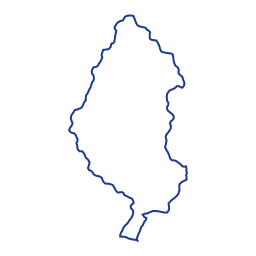 Itaipé, Minas Gerais, Brazil
{"feature_id": "56859067B82084481875412", "entity_name": "Itaipé", "entity_type": "district", "adm_level": 2, "iso_a3": "BRA", "parent_name": "Brazil", "parent_adm1": "Minas Gerais", "projection": "orthographic", "projection_center": [-41.656, -17.418], "detail": "fine", "context": "isolated", "style": "outline", "palette": "blue", "viewbox_px": 256, "rotation_deg": 0, "n_neighbors": 0, "source": "geoboundaries", "source_scale": "gbopen_adm2", "svg_char_len": 3283}
<svg xmlns="http://www.w3.org/2000/svg" viewBox="0 0 256 256"><path d="M88.6,91.1L87.5,93.5L86.1,95.3L85.7,98.4L85.8,100.5L84.6,101.7L83.6,103.2L83.0,105.2L81.9,107.2L80.5,108.3L78.8,108.8L77.0,109.6L74.8,110.1L73.5,112.3L72.4,113.8L71.3,115.4L70.8,118.6L71.8,121.5L72.6,123.6L71.4,126.0L69.9,128.1L69.1,130.4L71.0,132.5L73.9,133.2L75.7,135.0L76.6,137.4L77.6,139.1L77.4,141.2L76.4,143.1L77.3,145.8L77.4,148.1L77.9,149.7L79.7,151.3L82.0,151.2L83.8,153.1L85.0,155.5L85.9,157.9L87.6,159.2L88.8,160.8L89.6,162.8L88.7,165.7L88.0,168.1L89.1,170.2L90.9,170.7L92.3,172.0L93.8,174.5L96.1,175.7L98.0,176.1L99.9,176.5L101.8,177.8L102.4,179.7L103.4,181.8L105.4,183.6L108.2,183.7L111.0,184.3L112.8,185.1L113.7,186.6L114.8,188.4L115.6,190.1L116.7,191.7L118.4,192.6L120.4,192.2L122.1,192.1L123.6,193.2L124.2,194.9L125.9,195.8L128.3,196.9L129.9,198.0L131.7,198.4L133.0,200.3L133.7,202.9L131.7,204.6L130.5,206.4L131.2,208.4L132.7,210.0L133.3,212.0L132.7,215.2L131.6,217.5L130.4,219.2L129.1,220.6L128.2,222.3L127.2,223.6L125.7,224.9L124.2,226.7L123.1,228.5L122.4,230.4L121.3,232.2L120.3,234.4L120.2,236.5L122.3,236.7L125.2,236.9L127.4,237.9L128.9,238.6L130.6,238.9L132.6,239.5L135.0,239.7L137.5,240.6L136.8,238.4L137.7,236.2L138.3,234.0L139.3,232.6L140.2,230.0L141.2,227.2L142.9,225.0L144.2,222.0L145.9,219.9L146.4,218.1L144.4,217.1L142.7,214.6L145.1,213.6L147.2,213.5L149.1,212.5L151.0,211.8L152.6,211.1L154.9,211.0L158.1,211.2L160.6,211.8L162.5,212.1L164.4,212.6L166.9,212.6L168.7,210.5L169.2,208.2L168.8,205.7L168.6,203.6L170.0,201.8L171.5,200.3L173.0,199.0L174.6,198.0L175.9,196.7L177.7,194.9L178.5,193.3L179.4,190.7L179.3,187.7L179.4,184.4L181.6,182.1L184.6,180.6L186.6,179.6L186.5,177.3L186.1,175.0L186.9,173.2L186.4,170.9L186.5,168.6L186.0,166.4L184.0,166.7L182.1,166.2L180.7,164.3L178.6,162.9L176.8,161.4L174.9,160.5L171.8,160.2L170.3,158.6L169.4,156.1L168.6,153.9L167.7,152.0L166.6,150.4L165.9,148.7L165.0,147.2L165.6,145.1L166.2,142.5L166.5,140.3L165.9,138.5L165.7,136.6L166.6,134.3L168.7,131.8L170.6,128.7L171.0,125.9L169.9,123.5L170.6,121.5L172.3,120.3L173.6,118.6L173.8,116.5L172.6,114.5L170.5,112.7L168.4,111.2L167.2,109.4L167.0,107.4L168.1,105.2L168.5,103.0L167.2,101.1L166.8,98.8L166.8,96.2L167.1,94.0L168.2,92.2L170.0,90.2L172.4,89.4L175.0,88.0L176.8,86.2L178.8,86.1L180.5,87.1L182.2,87.7L183.6,86.3L184.5,83.7L183.8,81.1L182.9,79.3L182.5,77.1L180.5,75.2L178.7,73.6L178.5,71.7L178.8,70.0L177.9,67.5L175.4,65.7L174.4,63.5L173.9,61.8L173.5,59.6L173.2,56.9L172.6,54.3L170.7,53.4L168.3,53.2L166.1,52.8L163.2,52.3L161.1,51.3L160.3,49.6L159.8,47.5L158.9,45.2L158.0,42.9L156.1,40.4L153.3,40.1L151.4,39.8L150.0,38.8L149.7,37.0L149.7,34.4L150.1,32.3L149.1,30.9L147.0,29.8L145.6,27.8L142.5,27.1L140.3,26.5L138.7,26.1L137.3,25.0L136.3,23.3L135.4,21.2L134.6,18.9L133.4,15.9L130.0,15.4L126.8,15.9L124.8,16.9L123.9,18.9L122.8,20.4L119.9,21.2L117.5,22.7L115.9,24.9L114.6,27.1L114.9,28.9L116.3,30.8L115.8,33.1L115.3,35.5L114.9,37.9L114.7,39.7L114.4,41.4L113.4,43.2L111.4,43.6L110.6,47.0L108.7,49.1L105.6,49.6L103.1,49.9L102.4,52.3L101.5,55.1L102.3,57.5L101.5,59.3L100.7,61.2L99.7,62.6L98.6,64.1L97.9,65.7L96.0,67.0L93.6,67.3L92.4,69.1L91.8,71.2L91.9,73.5L93.5,75.4L93.9,78.3L93.5,80.5L92.4,81.8L91.7,83.7L91.0,85.5L90.7,87.2L89.6,88.9L88.6,91.1Z" fill="none" stroke="#1e3a8a" stroke-width="2"/></svg>